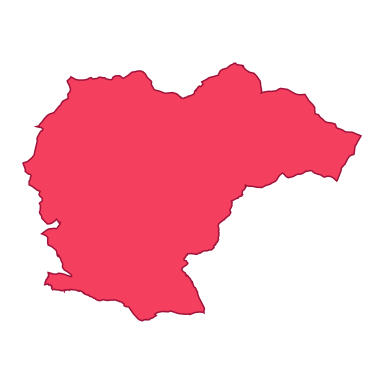 Mihaileni, Sibiu, Romania (Robinson projection)
{"feature_id": "2599482B13482598439545", "entity_name": "Mihaileni", "entity_type": "district", "adm_level": 2, "iso_a3": "ROU", "parent_name": "Romania", "parent_adm1": "Sibiu", "projection": "robinson", "projection_center": [24.371, 45.991], "detail": "fine", "context": "isolated", "style": "filled", "palette": "rose", "viewbox_px": 384, "rotation_deg": 0, "n_neighbors": 0, "source": "geoboundaries", "source_scale": "gbopen_adm2", "svg_char_len": 5829}
<svg xmlns="http://www.w3.org/2000/svg" viewBox="0 0 384 384"><path d="M204.0,312.8L203.8,312.1L204.4,308.7L203.9,307.2L199.0,297.7L197.3,292.8L197.6,292.4L195.3,287.7L194.4,287.2L193.7,286.3L192.6,282.9L192.1,283.0L192.0,282.7L192.4,282.5L192.3,281.7L190.7,280.3L190.8,279.8L189.8,278.2L188.5,277.0L187.7,275.6L187.0,275.4L186.4,276.0L185.7,274.8L186.0,274.2L185.1,273.2L185.1,272.7L183.0,271.6L181.8,269.4L181.8,268.9L183.1,267.2L186.7,264.8L187.8,263.4L187.8,263.0L186.9,262.2L186.3,260.8L184.2,260.1L183.9,259.0L184.3,258.4L185.5,257.2L185.6,256.4L187.2,255.0L187.3,253.8L191.6,253.6L196.9,254.4L198.5,253.3L199.5,253.0L200.2,253.1L202.1,251.7L203.8,250.9L207.5,250.7L209.4,249.8L210.5,250.1L212.1,249.5L212.9,248.4L214.1,247.7L213.8,246.1L215.0,244.8L215.4,244.9L215.7,244.6L215.9,243.9L215.7,243.4L217.1,242.4L217.4,241.2L217.9,241.1L217.9,240.4L218.5,239.6L218.2,237.4L219.0,235.3L218.6,234.2L219.0,232.8L218.4,231.2L218.9,230.4L218.6,229.9L218.8,229.2L218.8,228.0L218.0,225.9L218.9,223.6L223.0,220.3L224.4,219.6L224.8,218.8L226.5,217.5L226.9,216.9L228.6,215.8L229.7,214.7L230.8,212.4L229.9,210.1L229.9,209.4L230.5,208.8L231.9,205.8L231.9,203.5L232.1,202.2L231.4,201.2L235.5,198.9L238.3,198.0L238.3,197.6L239.0,196.7L241.4,196.1L242.3,195.3L242.7,194.5L242.1,194.0L242.5,191.1L243.2,190.2L244.2,189.7L246.0,186.7L245.2,186.0L245.2,185.2L245.6,185.1L248.5,186.2L252.4,186.3L257.1,187.3L261.8,187.5L266.0,185.4L270.0,184.2L272.5,182.7L275.1,181.5L276.7,180.0L278.2,177.2L279.7,175.2L282.4,173.1L283.5,173.6L286.3,176.7L288.3,177.7L293.0,176.6L297.0,174.4L299.0,174.1L300.5,174.2L302.5,173.5L305.3,171.7L305.7,171.1L306.4,171.4L310.7,170.5L311.9,170.9L314.1,172.8L318.1,174.3L320.5,174.8L323.8,177.0L324.6,177.1L327.3,176.3L329.2,176.2L331.0,176.7L333.1,177.7L336.7,181.0L337.2,180.4L340.8,171.3L341.5,167.9L344.3,164.7L344.8,164.4L347.8,158.5L349.3,156.4L350.8,155.4L354.0,154.3L355.1,145.9L356.1,144.8L357.5,141.9L361.0,135.9L352.1,132.2L346.1,132.0L345.1,131.7L342.2,129.8L336.5,127.8L335.3,124.1L332.2,123.1L326.7,122.3L324.4,121.1L322.7,119.2L320.3,117.4L318.5,114.7L315.2,113.8L315.0,113.4L314.6,107.2L312.7,104.6L308.9,100.7L304.9,94.4L299.9,94.8L297.0,94.4L294.4,93.4L287.4,89.4L280.6,88.4L278.8,89.1L276.2,90.8L271.1,91.4L268.3,91.3L263.2,92.2L261.4,93.0L261.6,90.5L260.6,85.2L260.4,82.1L260.0,80.9L256.7,76.1L254.0,73.3L249.0,72.1L248.8,71.6L247.2,70.9L244.0,68.1L243.8,67.1L242.7,66.6L243.3,65.9L242.9,65.5L237.1,64.7L235.4,63.2L233.7,63.4L233.2,64.1L230.5,65.2L226.7,68.2L222.8,69.3L220.8,70.4L219.8,71.6L218.1,75.3L209.0,77.7L206.5,79.4L201.7,81.9L203.1,84.2L200.8,86.7L199.7,86.0L198.1,87.0L197.5,88.1L195.8,89.9L196.2,90.6L195.0,90.7L194.3,92.6L194.2,93.8L191.3,95.4L187.6,96.4L187.2,97.1L185.0,97.5L183.7,98.3L181.1,98.0L180.8,97.0L180.3,97.1L177.3,94.2L174.3,93.0L172.0,92.6L166.4,93.2L164.3,93.1L160.0,91.3L155.3,90.1L154.1,89.5L151.3,84.5L151.6,81.9L151.2,81.1L147.2,77.4L145.3,73.9L144.5,73.1L143.1,71.9L140.6,70.9L136.6,71.2L135.4,71.7L131.9,72.2L127.8,75.6L123.6,78.2L122.9,78.2L119.7,75.7L115.6,75.9L113.6,76.8L113.0,77.3L112.5,78.8L111.3,79.6L110.6,79.8L106.0,78.9L104.8,77.7L102.6,77.8L100.9,77.2L98.8,77.3L97.6,78.3L93.7,78.9L92.2,78.7L91.3,77.6L88.9,78.3L87.9,79.1L84.5,80.0L78.9,80.1L75.7,79.5L70.9,76.8L70.4,78.0L67.2,80.9L67.3,81.5L69.3,85.4L70.5,89.1L70.2,90.8L69.6,92.1L68.1,93.7L67.9,94.9L68.1,98.5L63.1,101.0L62.1,102.1L60.5,105.1L59.4,105.9L53.9,112.7L49.9,113.9L47.4,115.4L44.4,118.6L41.9,122.1L40.5,123.4L38.9,125.8L36.4,126.6L41.5,127.7L42.9,128.9L42.6,130.2L41.3,130.8L39.7,132.9L37.3,137.4L37.0,139.0L37.3,140.4L37.2,141.4L34.7,152.0L34.2,154.8L32.0,157.7L27.3,161.7L23.4,162.8L23.0,163.3L25.3,169.2L25.2,171.4L28.3,174.0L30.3,174.5L31.1,175.4L31.0,176.3L30.3,177.4L30.4,179.0L29.1,181.3L29.1,184.8L32.1,186.3L37.1,190.1L40.1,191.4L39.1,193.9L39.1,194.7L39.3,195.3L40.0,196.2L42.2,198.2L42.2,200.6L42.0,201.1L39.4,203.2L40.4,205.6L40.4,207.6L40.2,208.4L40.3,210.0L39.5,211.9L39.9,213.6L41.1,215.1L41.7,216.8L42.0,218.5L47.3,223.9L49.2,223.9L51.5,223.3L54.7,221.1L56.6,219.2L59.2,223.0L60.1,222.4L59.9,224.5L58.4,226.1L57.1,228.3L55.9,228.7L54.8,228.3L49.2,228.9L47.4,229.6L41.7,233.8L45.9,235.5L47.8,237.6L48.0,238.0L47.7,238.8L47.7,243.0L48.2,245.1L51.3,246.3L55.6,249.7L56.2,250.5L56.9,252.5L57.1,254.8L57.7,256.2L58.0,256.3L58.0,255.3L58.3,255.0L58.9,255.4L59.4,257.1L60.5,258.2L61.2,260.9L62.5,263.1L62.7,264.8L62.4,266.7L62.7,267.7L64.4,270.0L67.2,271.6L70.6,274.2L71.7,276.1L71.5,276.6L70.6,276.6L64.6,274.4L61.8,273.6L58.5,273.2L57.3,274.0L54.4,274.2L48.1,272.5L48.2,273.6L49.0,274.6L48.1,276.2L48.3,277.4L47.5,277.7L46.8,279.2L46.1,279.7L46.1,280.4L45.6,281.0L44.7,284.7L46.9,284.3L47.8,283.8L48.3,284.1L48.7,285.0L50.0,284.7L50.1,285.2L51.6,285.7L51.8,286.0L51.4,286.7L52.0,287.4L51.6,288.1L52.7,289.8L54.3,289.3L55.3,289.7L59.4,290.0L60.3,290.5L62.0,290.7L63.6,290.3L64.1,290.6L64.3,291.3L64.8,290.0L65.1,289.8L65.7,289.9L66.1,290.3L66.6,289.9L68.6,289.7L69.1,290.3L69.8,289.5L70.8,289.8L71.3,289.4L73.3,289.9L75.0,289.7L78.5,291.1L79.0,290.6L79.6,291.2L80.6,290.8L82.9,292.2L82.9,292.5L83.7,292.6L83.7,293.4L84.8,293.7L84.9,294.1L87.1,294.9L88.2,295.0L88.2,295.3L89.3,295.8L89.8,296.4L91.9,296.8L93.2,297.8L94.2,298.3L94.7,298.2L95.3,298.6L95.6,299.2L98.2,300.5L100.4,300.6L102.9,299.7L108.0,300.6L108.6,300.2L115.8,300.0L117.6,300.9L118.9,301.1L119.9,301.8L121.1,301.7L124.2,304.2L124.0,305.4L124.7,306.1L126.5,306.8L128.4,306.8L129.0,307.1L129.8,308.6L133.6,314.0L137.5,318.2L138.9,319.6L142.1,320.8L144.9,319.5L145.1,319.8L146.0,319.9L146.4,319.4L147.9,319.9L149.3,319.7L149.5,319.2L152.3,317.9L152.8,317.9L154.3,316.6L156.3,315.6L154.9,314.2L156.1,313.2L158.6,312.2L162.1,311.5L168.2,311.8L170.7,311.0L178.7,313.6L185.1,314.2L188.0,314.2L189.6,313.8L190.0,314.5L195.0,312.5L199.4,312.0L202.6,312.2L204.0,312.8Z" fill="#f43f5e" stroke="#9f1239" stroke-width="1.5"/></svg>